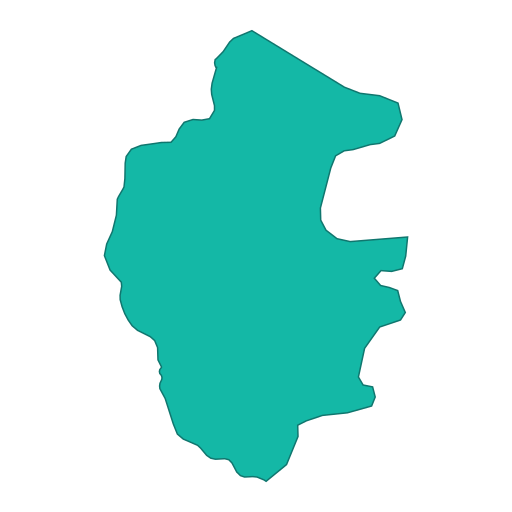 map outline of Vidin (Robinson projection)
{"feature_id": "BGR-2253", "entity_name": "Vidin", "entity_type": "Province", "adm_level": 1, "iso_a3": "BGR", "parent_name": "Bulgaria", "parent_adm1": "", "projection": "robinson", "projection_center": [22.659, 43.807], "detail": "fine", "context": "isolated", "style": "filled", "palette": "teal", "viewbox_px": 512, "rotation_deg": 0, "n_neighbors": 0, "source": "natural_earth", "source_scale": "10m", "svg_char_len": 1687}
<svg xmlns="http://www.w3.org/2000/svg" viewBox="0 0 512 512"><path d="M201.8,120.1L209.5,118.7L214.5,110.4L214.5,105.7L211.7,94.4L211.3,89.2L212.1,83.2L216.6,67.4L215.9,67.3L215.1,65.6L214.6,62.8L215.2,59.5L216.2,58.8L223.2,51.6L229.7,42.0L233.5,38.4L251.9,30.7L344.4,87.2L360.0,93.3L379.6,95.7L388.3,99.2L398.0,103.1L402.0,119.6L394.7,136.0L379.6,143.4L370.2,144.6L353.1,149.6L344.2,150.8L335.6,155.8L330.8,167.9L320.4,208.0L320.7,220.1L326.0,230.2L337.0,238.7L350.2,241.6L407.6,237.0L405.7,256.1L402.3,268.7L391.6,271.4L381.0,270.6L374.3,278.2L380.6,285.5L389.3,287.5L397.7,290.6L400.5,301.5L405.3,312.5L400.5,320.0L379.7,327.0L364.6,348.3L358.4,377.0L363.1,385.0L372.6,386.9L375.2,397.0L371.6,406.0L347.4,412.8L322.4,415.4L306.4,420.8L297.7,425.2L298.0,436.5L286.5,464.6L266.1,481.3L264.0,479.9L256.9,477.0L252.7,476.6L244.5,477.0L240.4,475.6L237.9,473.1L236.8,472.1L232.0,463.0L228.8,459.7L224.7,458.7L215.4,459.2L210.8,458.2L206.7,455.4L200.6,448.1L197.6,445.3L183.3,439.1L177.4,434.1L173.3,423.9L165.2,398.5L159.9,388.7L159.6,386.0L160.0,383.3L161.2,380.7L161.8,379.3L162.0,377.9L161.8,376.6L161.3,375.3L159.8,373.5L159.4,371.5L159.8,369.6L161.3,367.6L161.4,367.4L161.5,367.1L161.4,366.9L161.3,366.5L158.0,359.9L157.6,347.6L154.7,340.6L150.3,336.7L137.6,330.4L132.2,325.8L128.3,320.2L124.8,313.7L122.1,306.7L120.2,299.7L120.1,295.3L121.7,286.3L121.3,282.2L110.1,270.1L104.4,255.6L106.7,244.0L112.3,231.7L116.4,215.2L117.3,199.2L118.6,196.5L122.8,189.3L124.0,187.0L124.9,178.6L125.2,163.1L126.2,156.5L131.4,149.2L141.1,145.4L154.7,143.5L161.4,142.5L171.0,142.3L175.9,136.7L179.2,129.0L184.2,122.3L193.0,119.5L201.8,120.1Z" fill="#14b8a6" stroke="#0f766e" stroke-width="1.5"/></svg>